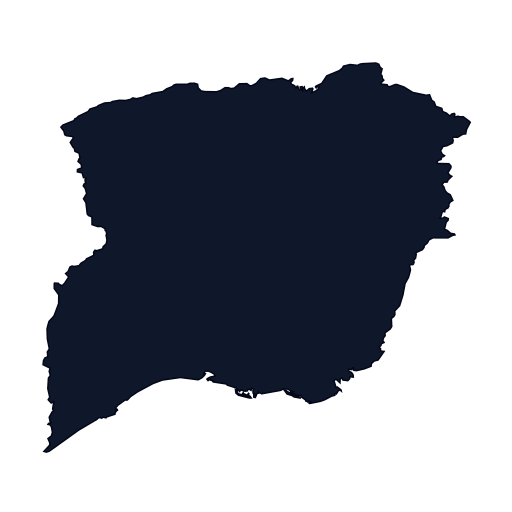 Belo Sur Tsiribihina, Menabe, Madagascar (Natural Earth projection), rotated 268°
{"feature_id": "10022922B50417492685621", "entity_name": "Belo Sur Tsiribihina", "entity_type": "district", "adm_level": 2, "iso_a3": "MDG", "parent_name": "Madagascar", "parent_adm1": "Menabe", "projection": "natural_earth1", "projection_center": [44.851, -19.66], "detail": "fine", "context": "isolated", "style": "filled", "palette": "ink", "viewbox_px": 512, "rotation_deg": 268, "n_neighbors": 0, "source": "geoboundaries", "source_scale": "gbopen_adm2", "svg_char_len": 6042}
<svg xmlns="http://www.w3.org/2000/svg" viewBox="0 0 512 512"><g transform="rotate(268 256 256)"><path d="M68.1,37.2L67.3,39.7L68.1,42.5L88.3,72.9L98.4,91.5L99.5,92.4L100.0,94.3L99.3,96.1L100.2,97.6L99.5,100.5L100.3,101.0L102.8,109.4L103.5,109.0L104.1,110.0L105.2,110.2L106.8,112.2L107.6,111.9L107.5,110.7L108.6,110.8L109.0,110.2L111.8,112.9L115.9,119.0L116.8,120.7L116.4,121.9L116.9,122.8L119.8,125.6L124.5,133.1L132.2,148.8L135.3,158.2L137.2,176.2L134.3,193.9L136.1,197.6L138.4,200.2L140.1,201.3L140.3,200.5L139.0,198.7L142.1,200.8L142.6,201.9L142.6,204.4L141.2,207.4L139.4,210.1L137.4,210.7L136.6,206.0L135.6,203.9L134.7,202.6L133.1,203.7L134.4,206.1L133.4,206.5L133.3,208.3L132.6,209.1L132.2,208.3L131.6,208.9L129.2,221.6L127.9,222.9L124.9,231.4L121.1,234.9L122.6,236.0L121.2,240.5L121.5,242.7L122.7,242.8L122.9,244.8L121.9,246.4L124.0,246.9L122.9,249.1L121.5,248.2L119.0,248.3L117.9,249.8L118.4,252.2L120.1,253.6L118.8,253.7L119.1,255.4L118.1,256.8L120.8,275.6L122.3,279.3L121.8,283.4L119.6,286.4L119.1,288.8L118.1,287.3L118.8,285.6L118.4,285.4L116.6,289.1L116.6,290.4L115.5,291.7L115.0,296.3L113.7,296.2L110.5,300.4L109.2,300.8L108.8,302.7L109.5,304.5L107.8,304.6L107.9,307.3L107.4,303.6L106.7,304.5L108.5,315.3L109.9,319.6L113.4,326.9L114.0,329.8L115.4,329.8L115.3,332.1L115.7,330.5L116.2,332.2L118.0,333.2L119.3,335.2L118.1,336.5L119.2,336.3L122.3,332.6L121.8,331.4L128.6,329.6L130.2,331.6L126.3,335.5L130.2,335.8L131.0,337.7L129.0,338.5L128.2,343.4L130.1,345.3L132.1,345.7L131.5,349.0L133.5,349.0L135.5,348.0L136.9,346.5L137.0,344.9L139.6,344.5L139.1,348.0L140.9,348.4L141.0,349.5L138.3,349.8L137.9,352.4L139.5,360.5L141.8,367.2L144.4,367.6L146.9,370.4L147.8,374.4L156.2,380.7L156.6,377.3L159.1,377.2L160.4,375.8L162.3,377.8L163.9,378.1L165.1,381.0L167.2,379.7L169.9,380.7L171.8,382.3L174.7,382.2L178.4,387.6L180.8,389.2L188.8,389.1L190.8,391.7L192.6,392.8L196.2,392.7L201.3,397.8L212.0,401.5L223.2,404.0L229.2,407.6L233.8,409.1L236.8,409.9L241.2,409.1L242.0,410.1L241.9,412.4L242.5,413.1L244.4,413.8L246.1,413.3L248.3,415.4L252.1,416.2L253.7,415.8L256.5,422.5L258.6,424.2L260.6,424.6L263.0,427.7L266.0,429.4L268.0,433.5L267.4,448.5L269.7,453.2L270.1,455.6L271.1,455.1L271.9,451.3L274.9,448.1L276.2,445.3L283.2,447.3L284.9,449.2L286.7,449.5L288.4,445.7L287.3,443.9L287.1,441.4L287.6,441.0L288.4,442.0L293.6,443.7L294.0,444.6L293.6,446.1L296.0,446.7L297.3,449.5L299.2,450.6L300.7,450.4L303.1,451.9L304.7,454.7L310.4,452.3L312.5,449.0L315.0,447.2L318.7,446.1L320.7,444.4L323.2,446.3L323.2,449.6L325.5,450.8L328.8,454.5L330.1,452.4L332.5,450.7L337.4,453.9L339.1,454.0L341.5,452.0L342.2,440.2L343.5,440.3L345.1,441.3L346.0,444.3L348.5,445.2L348.8,447.0L349.7,448.0L351.1,445.8L354.6,444.1L358.9,446.7L359.5,450.6L362.2,456.5L364.6,457.1L366.8,456.5L367.9,457.2L367.6,461.7L370.6,467.1L370.7,469.8L375.3,470.9L382.1,474.8L383.2,473.9L388.0,467.9L388.0,464.7L388.7,462.5L387.7,459.2L390.8,459.7L391.6,459.1L391.1,456.7L389.2,454.5L392.2,451.3L393.8,447.7L397.1,446.8L399.3,440.9L403.6,439.5L405.5,437.1L411.1,435.1L410.7,431.8L414.0,418.4L419.8,409.7L422.5,402.7L422.5,401.0L420.5,395.5L421.3,393.3L422.6,393.0L423.4,387.3L424.6,386.9L427.3,389.9L429.2,388.4L431.6,388.3L433.3,387.0L438.7,388.6L440.2,386.7L443.4,385.4L444.7,382.5L444.5,369.3L444.2,366.8L443.0,364.2L444.1,356.7L442.7,350.0L440.7,348.8L438.4,345.8L433.6,333.0L426.2,327.7L423.8,322.0L423.0,321.3L421.9,322.0L423.2,323.6L423.0,324.8L421.3,324.4L419.0,321.8L417.1,317.4L421.1,318.7L421.7,318.4L421.4,315.0L419.0,312.2L421.5,310.4L423.3,310.2L422.3,309.0L419.5,308.3L420.1,307.6L423.1,308.4L423.7,307.9L423.4,306.0L421.5,306.5L420.5,305.6L420.9,304.8L424.3,303.6L424.1,302.8L422.5,302.2L422.6,301.5L424.8,300.6L426.4,297.6L427.8,296.5L430.4,298.8L432.1,299.0L432.1,298.3L431.5,296.6L430.3,295.5L430.1,293.9L432.7,288.2L431.4,275.6L433.6,271.2L433.1,266.7L428.6,262.4L426.3,257.6L426.4,255.7L428.6,253.0L428.7,245.4L424.5,240.0L424.2,236.8L425.2,234.2L425.3,230.9L422.6,226.3L421.5,222.2L422.1,210.6L422.9,206.9L426.0,204.1L429.7,203.6L430.8,200.6L430.9,196.0L430.0,193.2L430.4,182.0L429.6,179.6L428.3,178.4L426.2,172.5L423.6,168.6L422.1,157.9L420.9,156.1L420.1,151.7L418.7,148.7L417.4,142.0L418.3,138.4L416.9,135.9L416.0,131.2L416.4,124.8L415.4,117.8L414.5,116.2L414.2,109.9L411.9,103.8L410.6,102.2L408.7,95.2L406.2,93.2L401.8,83.2L400.0,81.4L399.5,79.8L397.6,78.7L393.7,67.7L391.6,65.5L387.4,68.4L383.9,69.1L382.8,70.8L381.7,77.4L379.8,77.2L376.0,74.3L371.0,77.0L370.2,78.1L366.9,78.7L364.9,82.8L359.8,83.5L359.4,82.6L356.7,81.4L353.9,84.4L350.2,85.0L348.7,80.6L346.3,80.4L345.1,85.2L340.3,86.3L340.1,88.5L339.4,89.1L338.3,87.8L334.4,88.1L334.0,86.7L332.1,85.8L329.4,87.7L324.3,88.9L319.2,85.6L315.1,87.9L303.9,88.8L302.3,90.0L300.8,93.4L293.1,93.2L290.9,98.9L291.0,102.2L288.7,106.0L286.7,106.2L285.9,107.2L283.1,107.5L282.1,106.9L277.1,107.6L273.4,106.7L270.5,103.4L268.6,103.2L266.9,97.1L267.4,95.2L265.4,93.8L262.4,94.0L259.1,86.5L257.5,85.5L254.8,80.7L252.5,78.8L251.9,74.1L252.4,71.7L251.5,69.7L247.0,67.6L245.1,65.1L241.6,68.1L235.4,63.7L233.1,61.3L234.6,58.1L235.6,57.6L236.0,53.7L235.5,53.4L230.5,53.2L224.1,57.5L215.4,57.1L204.7,52.7L202.9,51.8L197.8,46.8L193.4,45.4L190.4,44.6L180.3,44.6L170.4,46.2L167.4,44.1L162.7,44.4L161.5,41.5L159.0,40.0L154.8,39.4L151.1,46.3L147.9,45.3L143.8,46.3L141.3,44.3L130.7,43.3L122.1,44.9L119.6,43.3L116.2,46.2L117.4,48.8L110.1,47.4L108.2,48.3L107.2,46.7L102.1,43.7L96.7,44.6L96.6,45.3L95.9,44.9L96.0,42.9L95.0,42.2L94.6,44.0L92.7,45.5L86.9,46.4L83.3,45.2L80.8,41.7L76.2,43.5L74.1,43.1L68.1,37.2ZM120.4,281.5L120.7,279.7L117.0,282.2L115.2,287.3L113.8,289.1L112.5,295.2L113.1,295.3L115.9,289.7L116.9,286.1L120.4,281.5ZM123.1,230.8L119.6,231.2L117.5,233.5L114.3,244.4L114.3,246.3L115.9,245.2L115.5,245.0L116.4,240.7L118.9,233.8L120.5,232.3L122.1,232.6L123.1,230.8ZM117.8,248.9L114.9,248.9L114.6,250.4L118.0,252.0L117.4,250.3L117.8,248.9ZM119.8,238.4L118.9,237.7L118.1,238.7L116.9,241.1L116.6,244.1L118.0,243.3L118.5,244.1L119.0,243.7L117.1,242.2L119.1,238.5L119.8,238.4Z" fill="#0f172a" stroke="#020617" stroke-width="1.5"/></g></svg>